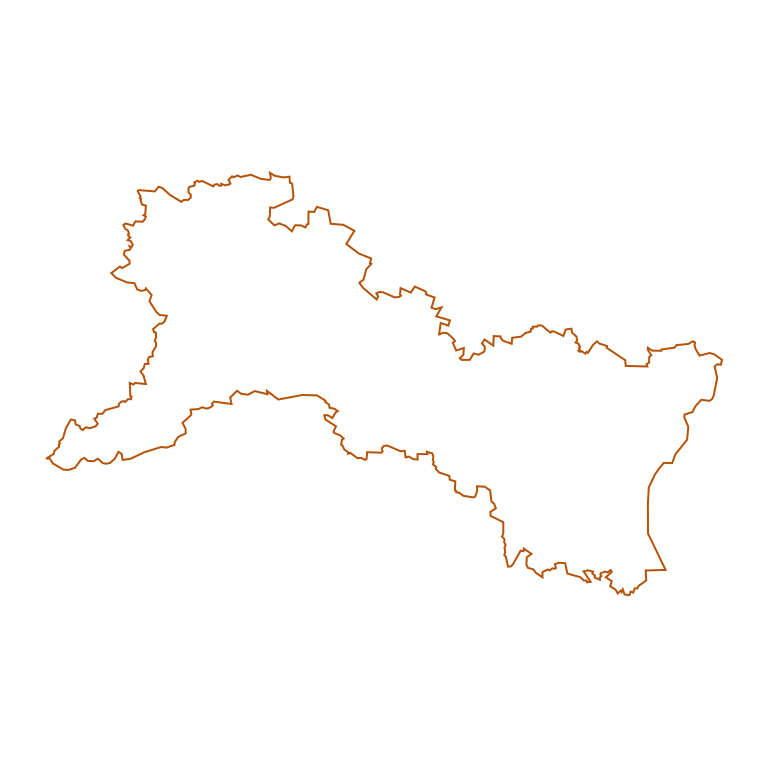 the district of Roscommon Lea-6, Roscommon, Ireland
{"feature_id": "5873133B51577512339475", "entity_name": "Roscommon Lea-6", "entity_type": "district", "adm_level": 2, "iso_a3": "IRL", "parent_name": "Ireland", "parent_adm1": "Roscommon", "projection": "albers", "projection_center": [-8.414, 53.724], "detail": "fine", "context": "isolated", "style": "outline", "palette": "amber", "viewbox_px": 768, "rotation_deg": 0, "n_neighbors": 0, "source": "geoboundaries", "source_scale": "gbopen_adm2", "svg_char_len": 6095}
<svg xmlns="http://www.w3.org/2000/svg" viewBox="0 0 768 768"><path d="M144.0,452.4L161.1,447.0L166.6,447.6L174.6,444.8L174.6,442.3L178.2,436.9L185.7,433.4L185.6,428.9L182.5,422.8L190.8,415.4L191.4,414.1L190.5,409.7L198.7,409.0L201.9,407.3L206.8,408.6L210.3,407.4L212.8,405.5L212.0,403.8L213.8,401.6L231.5,404.0L230.2,397.5L237.1,390.8L241.1,393.8L248.0,394.7L254.7,391.1L267.5,394.2L267.0,390.9L278.3,399.5L302.3,395.0L317.1,395.4L325.4,400.6L325.0,401.7L329.2,404.7L329.5,407.8L334.4,408.7L337.7,411.1L335.7,412.3L332.3,418.1L328.1,415.3L324.3,415.2L325.4,419.5L336.0,426.3L333.6,431.2L334.1,432.9L340.2,435.4L343.7,438.6L342.0,439.8L341.1,444.8L342.5,445.5L344.2,449.4L348.4,452.5L348.1,453.7L350.3,452.9L357.5,458.2L361.3,457.8L364.8,459.9L366.6,458.9L367.1,452.2L381.3,452.7L382.6,451.6L381.8,448.2L383.9,445.9L387.5,445.6L400.7,451.3L404.7,450.8L405.6,457.4L408.8,456.6L413.4,459.2L417.6,459.5L417.5,454.1L427.4,454.1L426.9,451.8L432.4,453.4L433.4,456.9L432.7,459.7L433.8,462.0L432.9,464.4L436.2,467.0L435.9,468.9L439.1,472.5L449.3,475.9L449.8,479.7L455.3,481.4L454.9,490.5L456.2,491.0L456.3,492.4L459.0,492.6L463.4,495.8L473.1,497.4L474.9,496.8L476.1,494.2L477.2,490.4L477.0,486.3L484.7,486.7L490.2,490.5L491.3,501.1L494.2,503.9L495.8,508.4L490.4,511.8L490.6,515.9L503.3,522.2L503.3,533.5L502.0,536.6L504.4,539.1L504.2,542.2L505.6,545.0L504.5,547.8L505.2,551.9L504.3,555.1L505.8,556.6L508.0,566.6L511.0,566.4L513.0,564.2L520.6,550.7L523.5,551.1L523.8,548.6L531.5,553.9L526.8,557.2L526.4,564.3L527.8,567.8L533.4,569.4L535.7,572.7L542.5,577.3L542.4,572.4L543.3,571.6L548.0,569.5L549.9,570.4L552.3,568.3L554.6,568.8L556.0,568.0L554.9,564.2L558.7,562.8L565.2,563.2L567.4,573.6L580.4,577.2L583.9,580.5L586.6,580.6L587.1,582.3L590.7,581.8L583.6,571.4L587.8,570.3L593.1,571.6L592.3,573.5L595.0,575.7L594.6,577.5L599.9,579.8L599.9,577.4L601.4,575.9L600.3,574.4L601.1,573.0L605.3,571.6L607.5,572.4L610.7,570.1L611.8,571.8L605.8,577.3L611.7,581.1L610.2,586.3L615.7,589.7L617.7,593.4L620.7,590.7L621.6,592.1L622.8,589.4L624.6,594.4L628.5,595.2L629.7,594.7L630.6,591.7L633.2,592.6L634.8,588.3L637.3,588.5L638.6,585.9L646.2,580.5L645.7,570.5L665.6,569.9L648.0,533.5L647.9,503.6L648.8,487.5L654.7,474.9L658.7,469.0L663.8,462.9L672.2,463.1L675.4,454.3L687.1,439.7L688.3,426.8L684.3,417.4L684.6,414.5L692.4,412.1L695.6,406.0L701.3,399.8L709.6,400.8L712.0,399.1L713.6,396.0L717.2,377.8L714.6,366.4L717.6,364.2L721.0,364.7L721.9,359.7L714.2,354.3L709.7,353.0L699.5,355.6L695.5,348.8L694.5,344.9L695.1,342.5L692.9,341.3L688.1,344.0L676.4,345.1L674.6,347.6L661.4,349.5L661.2,350.8L652.1,350.6L647.9,347.8L647.7,349.7L651.3,355.3L649.2,357.0L649.1,362.6L646.5,364.2L647.3,366.5L625.7,365.9L625.2,360.2L606.6,347.7L607.1,346.1L599.3,343.5L597.0,341.4L593.1,344.8L587.9,352.8L586.8,351.9L585.4,353.7L582.0,351.4L579.4,351.7L578.4,350.7L579.9,350.0L579.0,348.2L580.1,347.0L578.2,343.4L575.6,342.5L577.1,340.4L576.4,336.5L572.2,332.9L571.4,328.7L565.7,329.5L563.4,336.0L554.5,331.7L552.1,331.2L550.4,332.7L541.9,325.5L537.9,325.4L537.3,326.6L532.8,326.7L532.8,328.6L531.1,328.6L530.7,331.6L525.4,333.0L521.2,336.6L512.2,337.8L511.7,343.8L503.4,340.9L501.1,338.7L500.5,336.4L493.7,336.1L493.3,345.6L484.5,339.5L482.0,343.5L484.8,346.7L484.6,350.8L483.6,352.1L478.6,354.7L473.6,353.5L469.8,359.9L461.7,359.9L459.8,358.3L463.4,354.7L463.8,348.0L456.2,350.5L452.8,342.7L454.9,341.3L454.6,340.2L451.0,336.5L447.2,333.2L443.2,332.8L439.1,334.4L440.7,323.0L448.3,325.6L450.0,320.4L436.3,316.4L441.5,307.4L435.6,309.2L431.5,307.7L434.6,297.5L425.9,294.4L426.5,292.8L424.9,291.1L414.8,286.6L410.8,292.6L400.6,288.1L400.0,294.3L401.0,295.6L399.2,296.9L394.8,297.4L382.8,292.2L379.4,292.0L376.4,293.3L378.2,296.3L376.7,299.5L363.0,287.8L359.3,282.8L363.4,279.8L366.3,269.2L371.3,263.9L370.0,263.2L371.2,258.5L358.8,253.5L346.3,244.0L354.4,230.8L343.3,224.8L330.7,223.8L328.2,210.2L316.9,206.9L314.2,211.9L308.5,211.6L308.4,224.0L307.0,224.3L305.4,227.4L301.0,225.4L295.0,225.3L291.9,231.3L285.7,225.9L279.1,223.4L274.5,225.4L268.3,219.6L269.8,216.4L270.1,207.5L274.0,207.8L292.5,199.4L293.5,196.3L292.1,183.6L289.9,182.8L289.5,176.7L283.3,177.4L274.7,175.8L270.0,172.8L270.8,177.4L270.3,179.3L268.9,179.9L260.6,178.8L251.0,174.8L240.4,177.0L237.7,175.5L233.3,177.3L232.1,176.3L228.6,179.7L230.4,183.6L229.1,184.5L224.9,185.3L221.2,183.8L221.3,185.5L219.3,185.8L217.4,184.1L214.3,184.7L213.4,186.4L202.0,180.9L199.4,181.9L197.3,180.7L194.3,182.4L195.0,183.3L194.4,185.7L189.2,186.9L188.5,188.4L188.6,192.6L190.8,194.8L190.7,197.7L188.1,200.0L184.1,199.8L181.3,201.8L169.9,194.9L162.6,188.2L158.6,186.7L154.9,191.4L138.7,190.1L137.7,191.2L140.6,196.5L139.7,198.0L141.1,199.0L140.5,200.0L142.0,204.6L145.9,205.6L145.2,214.5L143.6,215.2L145.8,216.6L145.0,219.1L142.6,221.7L135.3,221.4L133.1,225.6L125.4,223.5L123.4,225.2L125.3,228.8L127.9,230.4L129.0,233.8L128.0,234.6L128.3,235.8L130.3,237.4L127.7,240.1L130.9,241.2L132.8,244.8L131.4,247.2L129.7,246.4L130.7,248.2L129.7,249.9L124.7,250.8L123.9,254.6L129.6,260.9L129.5,263.8L122.0,268.1L119.9,266.5L111.3,273.1L116.0,277.8L127.2,282.5L134.3,283.1L137.3,289.5L141.5,290.9L145.0,290.1L145.9,288.4L151.6,295.1L149.4,301.2L156.3,311.9L159.5,315.0L166.8,315.7L164.6,321.4L161.7,323.8L159.4,323.6L153.1,329.1L154.0,332.1L155.8,332.4L156.1,337.4L154.7,340.9L155.9,342.6L156.1,346.4L152.5,351.9L152.8,356.3L149.1,357.0L147.7,359.9L148.6,363.9L144.9,363.9L143.6,368.3L140.5,371.4L143.5,375.6L145.9,384.0L135.1,383.0L133.4,384.5L129.8,383.0L130.4,396.5L131.5,396.7L131.0,399.2L128.0,399.2L125.1,402.0L123.5,401.0L120.8,402.0L119.0,403.9L118.6,406.4L105.3,410.1L102.4,413.8L97.9,413.7L96.7,417.7L94.3,418.6L97.7,423.8L95.4,426.5L89.6,428.2L85.9,427.3L82.7,430.0L80.5,428.6L79.5,425.9L75.7,424.5L74.9,420.3L70.9,419.5L66.0,427.9L63.0,438.1L59.2,441.6L60.0,443.4L58.9,444.4L59.0,446.9L54.5,450.6L53.8,453.9L46.1,458.6L49.6,458.4L52.8,463.4L63.4,469.6L68.5,469.9L75.0,467.8L81.1,459.5L84.4,457.9L87.8,460.9L93.7,461.2L97.9,458.7L102.7,463.1L106.1,463.7L110.0,463.0L114.7,458.8L118.4,451.9L121.7,453.9L122.6,459.9L130.5,458.8L144.0,452.4Z" fill="none" stroke="#b45309" stroke-width="2"/></svg>